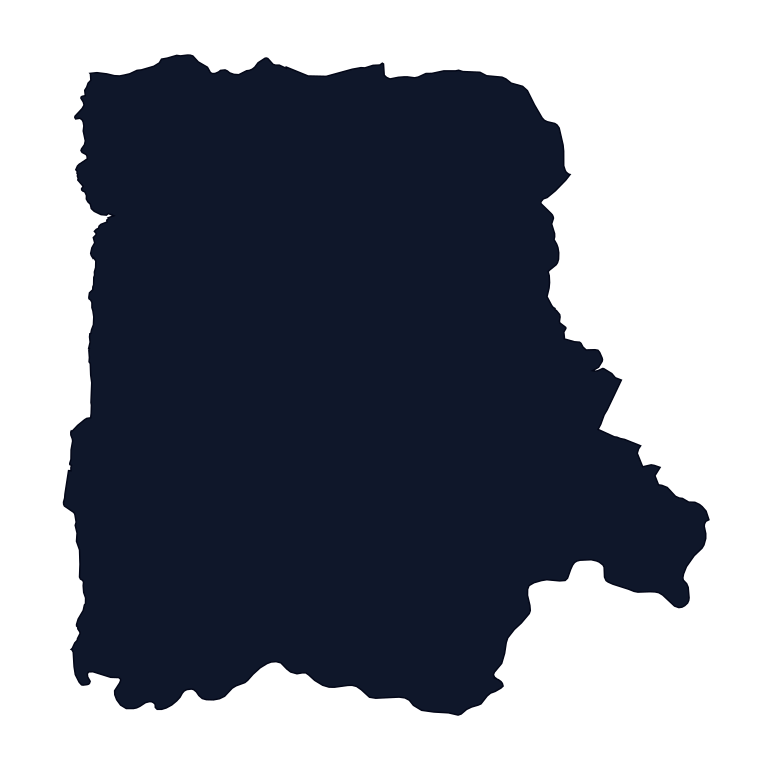 Quebradanegra, Cundinamarca, Colombia (orthographic projection), rotated 89°
{"feature_id": "7082276B19995053800747", "entity_name": "Quebradanegra", "entity_type": "district", "adm_level": 2, "iso_a3": "COL", "parent_name": "Colombia", "parent_adm1": "Cundinamarca", "projection": "orthographic", "projection_center": [-74.5, 5.107], "detail": "fine", "context": "isolated", "style": "filled", "palette": "ink", "viewbox_px": 768, "rotation_deg": 89, "n_neighbors": 0, "source": "geoboundaries", "source_scale": "gbopen_adm2", "svg_char_len": 6056}
<svg xmlns="http://www.w3.org/2000/svg" viewBox="0 0 768 768"><g transform="rotate(89 384 384)"><path d="M688.1,270.2L685.4,270.9L683.6,272.2L681.7,274.7L680.0,278.4L679.8,277.7L679.2,278.5L676.7,279.7L674.1,278.7L665.4,271.2L655.4,268.1L644.7,266.3L640.0,264.7L631.7,258.0L625.4,250.9L616.1,242.8L613.1,241.7L608.0,242.0L597.8,244.2L591.8,244.0L588.1,242.5L585.3,237.5L583.3,230.1L582.5,224.7L583.9,211.9L583.6,206.3L581.4,203.9L572.6,200.6L568.4,198.6L565.8,196.6L564.4,194.3L563.6,191.1L563.3,179.9L564.6,174.6L565.8,171.9L568.8,168.2L571.1,167.1L580.9,166.9L584.4,165.4L585.9,163.4L588.1,158.7L593.4,143.1L595.7,137.6L596.5,133.8L596.3,121.7L596.6,116.7L597.4,113.0L599.8,109.1L611.1,97.4L612.7,93.1L612.3,89.9L610.9,87.2L608.3,84.3L605.7,83.1L603.1,82.7L592.6,83.4L588.9,84.9L585.3,88.2L583.0,88.6L579.1,87.8L571.9,84.8L561.1,76.9L553.7,68.9L550.5,66.9L544.1,65.0L539.2,64.9L531.9,66.3L529.5,66.0L526.9,64.6L525.4,61.5L516.7,64.2L512.2,68.0L510.0,70.6L507.7,75.2L507.4,81.4L503.6,87.6L503.2,90.7L501.4,94.5L492.4,102.6L490.2,107.9L489.6,111.3L480.4,114.7L472.2,109.4L470.1,115.2L469.5,118.3L471.3,126.8L457.7,132.0L453.3,130.6L450.3,128.5L443.6,144.4L442.7,148.5L441.2,152.1L440.9,154.5L433.1,170.8L428.1,168.0L418.7,164.4L413.7,161.3L384.2,146.6L381.8,152.6L377.6,156.0L372.5,164.0L372.3,165.1L374.4,169.8L374.9,172.2L374.3,175.2L371.0,169.2L365.2,165.5L363.6,165.1L361.9,165.4L356.2,167.8L354.0,169.5L353.4,172.5L353.5,181.3L350.4,184.5L346.8,186.3L345.6,187.7L345.1,192.9L342.0,203.1L340.8,202.8L335.2,203.3L331.7,201.2L330.6,201.3L326.0,207.1L324.5,207.5L320.1,206.8L317.7,207.1L313.6,210.3L312.9,211.6L311.5,211.7L310.3,213.6L308.4,215.0L299.5,219.5L291.0,217.3L285.5,216.7L278.6,216.9L274.6,217.9L273.1,216.6L267.8,209.8L265.7,208.4L262.3,207.3L255.8,207.0L250.7,207.7L247.2,208.9L242.5,211.5L239.9,210.8L236.6,210.8L226.9,213.6L221.3,211.7L220.2,211.8L218.1,212.6L216.6,213.8L206.4,223.9L204.6,224.0L201.7,221.5L200.4,217.6L193.8,209.3L183.3,198.7L177.8,194.3L177.4,195.7L175.4,198.1L173.6,199.1L169.0,200.5L154.3,200.3L148.1,200.8L131.1,204.4L128.0,206.5L126.5,208.7L124.6,216.2L123.2,219.0L120.8,221.2L107.6,228.6L93.2,235.5L88.8,240.2L85.4,251.6L81.1,256.8L79.3,260.6L77.6,276.0L74.0,282.6L73.0,299.7L71.6,303.9L72.2,307.1L72.0,318.9L74.3,330.7L74.3,336.7L77.7,344.4L78.4,348.0L77.3,355.5L77.3,359.0L77.6,364.3L79.1,372.7L77.5,376.1L75.2,378.4L64.0,378.9L63.2,380.1L65.0,382.6L65.2,389.4L67.6,397.6L67.3,401.5L68.7,410.2L75.4,436.4L74.7,454.5L65.4,476.2L66.7,476.2L63.4,483.0L63.3,486.9L62.5,489.3L56.5,494.5L56.0,496.0L56.2,497.3L60.6,504.3L65.0,507.7L66.9,510.2L68.1,513.1L68.4,515.9L72.2,523.8L71.8,528.7L70.2,532.9L68.3,535.1L67.2,537.4L67.6,542.0L69.1,543.9L70.6,547.5L70.6,550.3L69.6,552.1L64.2,555.0L58.7,564.1L52.7,569.4L51.8,572.1L51.7,575.0L52.4,581.8L51.8,585.5L54.4,595.1L55.3,600.8L59.0,603.0L62.3,608.6L65.7,621.1L66.1,625.5L69.4,632.8L70.6,638.4L71.4,643.0L71.0,648.3L69.1,655.7L67.7,665.6L68.3,672.5L68.8,672.1L75.2,671.8L78.0,674.6L82.1,676.1L85.1,678.1L90.5,677.6L91.1,680.8L91.9,681.9L93.1,682.0L96.7,679.8L99.9,679.0L103.4,681.1L110.9,688.3L112.2,688.5L113.6,687.7L113.0,683.3L114.8,681.1L116.8,680.2L120.7,679.6L125.8,680.3L135.7,678.4L139.5,679.3L143.6,682.3L145.3,682.9L147.2,681.8L149.4,677.8L150.9,677.0L153.7,676.7L159.0,685.0L160.7,686.7L164.4,688.4L166.1,687.0L168.0,687.3L168.9,686.6L170.7,687.0L172.9,686.2L174.7,686.6L181.1,681.3L183.5,683.0L184.7,682.9L185.8,681.8L186.6,679.9L187.7,679.3L190.4,678.2L193.8,678.4L196.7,676.9L199.1,674.5L203.5,673.6L206.3,670.7L209.7,664.0L210.3,658.6L208.7,656.6L211.1,651.3L212.9,656.6L213.2,656.1L215.3,658.3L217.2,658.1L219.4,664.2L221.1,666.1L223.4,666.8L224.3,668.9L226.3,670.9L228.7,669.0L230.1,669.6L232.5,672.1L237.8,670.8L242.7,673.7L248.3,675.0L250.4,674.4L253.3,672.7L252.5,672.1L256.0,670.0L262.6,670.3L266.9,671.6L270.2,671.5L272.3,672.3L279.8,672.6L281.8,673.4L284.7,673.6L287.7,676.9L292.1,677.6L293.6,677.5L294.9,675.8L297.4,674.6L302.6,674.7L305.6,673.8L311.8,673.0L319.7,673.5L324.7,675.5L328.2,676.2L328.6,677.2L329.4,677.3L331.8,677.6L337.0,677.1L343.4,678.7L343.5,678.0L345.2,678.5L352.5,678.1L356.7,678.5L358.5,677.3L369.9,677.1L377.6,676.2L397.5,677.3L399.9,676.9L408.3,677.3L412.7,677.9L413.2,681.8L414.5,684.0L420.0,691.0L425.9,696.8L425.4,697.5L426.6,698.0L429.5,698.0L433.4,696.6L435.6,696.3L444.3,698.0L453.9,698.3L457.9,699.6L459.1,699.5L459.9,697.9L462.2,698.5L465.3,698.5L465.1,700.9L488.4,704.9L492.5,705.3L496.5,706.5L498.7,706.4L500.4,705.7L506.8,696.7L508.2,695.6L509.9,695.2L516.8,694.2L519.9,695.2L527.7,693.5L535.9,694.2L544.6,691.3L559.0,691.1L571.7,691.8L573.7,690.9L575.1,688.7L576.9,687.9L580.4,688.3L587.2,687.9L592.6,686.1L598.4,686.3L599.7,687.4L605.2,688.7L613.7,693.9L619.0,695.6L620.6,695.6L621.8,694.4L623.5,694.4L626.5,692.5L628.1,692.2L633.2,694.9L634.9,695.2L637.5,697.7L642.9,700.3L643.9,701.4L644.2,700.7L646.7,699.4L661.3,698.8L669.2,697.7L676.8,694.0L679.5,691.7L679.8,690.2L679.4,686.2L678.9,684.5L677.9,683.6L676.1,683.0L671.7,685.4L668.6,685.7L666.7,684.4L666.6,680.1L672.5,662.4L672.9,654.3L674.3,652.7L675.9,652.5L678.4,653.6L686.0,658.7L690.0,658.6L695.0,656.8L700.4,653.0L704.0,647.3L704.1,640.2L703.5,637.0L702.0,633.7L698.4,628.0L697.5,624.2L697.6,621.9L698.6,620.0L700.3,618.4L703.4,618.3L705.3,616.5L705.4,612.0L704.1,607.4L701.2,601.8L697.2,596.8L693.6,593.4L689.6,591.1L687.4,589.1L686.1,586.5L685.6,581.9L686.2,579.7L688.5,577.0L692.3,574.5L695.3,571.2L696.5,567.1L696.8,560.0L695.8,554.0L693.4,548.8L685.5,541.1L683.2,537.2L680.1,528.3L677.9,525.5L671.9,520.0L665.6,512.8L661.5,505.9L660.0,501.7L659.7,496.7L661.0,492.0L667.4,486.0L670.3,482.4L672.2,476.1L671.4,470.9L671.4,467.3L673.6,464.3L679.1,458.5L684.1,450.6L686.1,444.3L686.3,438.9L684.7,425.3L684.7,421.1L685.9,416.7L689.3,412.0L696.9,404.0L698.0,397.8L697.3,374.4L698.2,368.6L700.6,364.2L705.8,360.2L710.9,352.1L712.8,340.0L713.9,325.3L716.3,315.7L715.3,312.6L710.8,307.1L708.5,302.1L706.7,295.5L705.5,292.6L697.7,286.3L694.3,282.1L694.6,281.9L693.3,278.2L690.1,272.4L688.1,270.2Z" fill="#0f172a" stroke="#020617" stroke-width="1.5"/></g></svg>